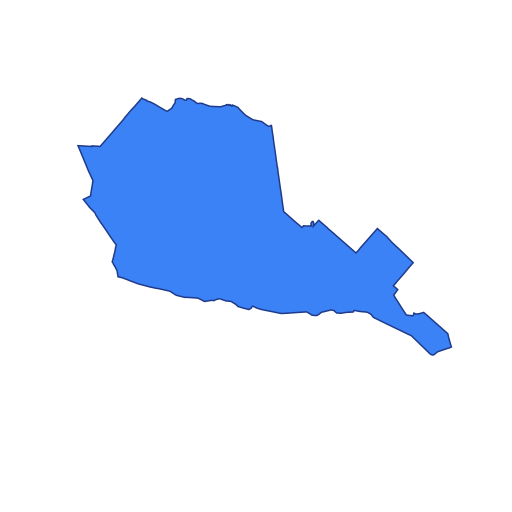 Vīksnas pag., Balvu, Latvia, rotated 42°
{"feature_id": "27541924B75999158196044", "entity_name": "Vīksnas pag.", "entity_type": "district", "adm_level": 2, "iso_a3": "LVA", "parent_name": "Latvia", "parent_adm1": "Balvu", "projection": "equal_earth", "projection_center": [27.422, 57.224], "detail": "fine", "context": "isolated", "style": "filled", "palette": "blue", "viewbox_px": 512, "rotation_deg": 42, "n_neighbors": 0, "source": "geoboundaries", "source_scale": "gbopen_adm2", "svg_char_len": 5844}
<svg xmlns="http://www.w3.org/2000/svg" viewBox="0 0 512 512"><g transform="rotate(42 256 256)"><path d="M179.7,148.2L179.8,149.3L179.4,150.3L178.8,150.9L177.4,151.5L170.2,152.3L167.7,153.8L162.8,156.7L159.6,157.4L154.4,158.4L151.0,158.3L145.9,158.0L143.1,157.7L139.9,158.7L137.8,159.5L138.0,159.7L137.9,160.1L138.0,160.4L137.8,160.7L137.5,160.6L137.3,160.6L137.2,160.9L137.0,161.0L136.8,160.7L136.6,160.7L136.1,160.7L136.1,160.8L135.7,161.0L135.5,161.6L135.2,161.6L135.2,162.1L134.7,162.3L134.4,162.2L134.0,162.1L133.8,162.4L133.6,162.7L132.9,163.1L132.8,163.3L133.1,163.6L129.8,168.8L125.4,172.5L121.5,175.6L116.7,177.6L113.5,178.8L110.4,181.8L110.0,182.1L106.4,182.2L104.6,182.7L104.2,182.9L102.4,183.1L101.7,183.3L99.4,185.1L100.0,186.8L99.7,187.3L98.5,187.8L95.6,188.6L93.4,190.2L91.4,193.6L93.5,196.6L93.5,196.8L93.6,198.6L93.8,199.3L94.2,201.6L94.6,202.2L93.2,207.7L93.0,208.1L92.1,208.3L85.2,209.8L78.4,211.1L73.7,212.5L71.6,213.7L71.3,213.8L70.8,213.5L70.4,213.5L66.3,215.1L65.9,215.1L65.5,215.0L65.6,221.1L65.7,226.9L65.6,227.9L65.6,233.0L65.8,239.2L65.9,241.6L66.0,241.9L66.2,244.7L66.2,247.6L66.3,249.4L66.3,251.3L66.4,258.3L66.5,258.8L66.6,265.8L66.8,276.0L66.8,277.7L66.9,278.9L66.3,279.3L64.9,280.3L64.1,281.0L61.3,283.2L60.4,284.0L60.9,284.3L49.9,293.1L55.2,295.6L56.7,296.3L58.9,297.4L62.1,298.9L68.0,301.7L74.6,304.9L82.9,308.4L83.9,308.8L84.4,309.2L86.9,312.9L91.7,320.5L92.9,321.9L89.8,329.5L100.4,331.3L100.5,331.3L106.0,331.6L107.4,331.7L109.7,332.7L117.5,334.9L118.2,335.1L119.5,335.3L127.1,337.1L134.5,339.0L140.0,340.3L144.8,341.3L146.2,344.1L146.8,344.9L148.5,347.8L149.9,350.5L152.3,354.9L152.8,356.2L153.0,356.5L153.9,356.8L154.8,357.0L155.4,357.4L155.6,357.5L156.5,357.8L157.3,357.9L157.9,358.1L158.0,358.2L158.1,358.3L158.3,358.3L158.6,358.4L160.5,359.1L160.8,359.3L162.7,360.0L163.0,360.2L164.9,361.8L165.0,361.8L167.3,363.7L167.4,363.8L168.4,363.2L170.3,362.2L171.0,361.7L171.7,361.4L173.3,360.9L175.3,360.0L178.5,358.9L186.9,355.6L187.9,355.1L196.5,350.7L198.1,349.9L199.9,348.8L203.1,347.0L204.7,345.9L207.8,344.1L213.5,340.9L215.4,339.9L215.9,339.7L218.0,339.4L222.8,338.6L223.1,338.5L230.4,334.6L230.7,334.5L230.9,334.3L232.2,333.1L233.8,331.8L235.8,330.2L239.0,327.7L240.5,326.6L240.8,326.4L241.7,325.9L242.3,325.7L242.9,325.6L245.2,325.0L247.7,324.4L248.0,324.3L248.3,324.1L248.6,323.8L249.4,322.6L250.5,321.4L251.1,320.6L251.7,319.8L252.2,319.3L252.7,318.7L253.1,318.3L254.6,317.3L254.8,317.1L255.2,315.6L255.3,315.4L256.1,314.2L256.4,313.7L256.6,313.3L256.8,313.1L256.9,312.8L257.0,312.6L257.2,312.4L257.6,312.1L258.2,311.8L258.5,311.7L258.9,311.5L261.6,310.4L263.7,309.5L264.1,309.2L264.3,309.0L266.3,307.6L267.8,306.5L268.0,306.4L272.2,305.7L272.5,305.6L273.1,305.4L273.3,305.4L276.2,305.6L276.4,305.6L276.6,305.5L277.4,305.1L279.8,304.0L281.7,303.1L286.4,300.6L286.5,300.6L286.6,300.4L287.2,298.6L287.3,298.1L287.3,297.8L287.2,297.1L287.1,296.8L287.0,296.6L286.9,296.4L286.9,296.1L287.0,295.8L287.1,295.6L287.3,295.4L291.2,294.2L292.7,293.6L294.9,292.6L296.2,291.9L299.6,289.9L309.1,284.3L313.0,282.0L313.4,281.7L315.0,280.1L317.3,277.8L322.2,272.7L329.3,265.4L329.9,264.9L330.4,264.1L330.7,263.9L331.1,263.7L334.0,263.0L335.0,262.8L336.4,262.7L337.1,262.5L337.4,262.4L338.2,261.8L339.7,260.7L340.2,260.4L340.6,259.9L340.9,259.6L341.2,259.1L341.3,258.9L341.3,258.5L341.5,258.0L341.6,257.7L341.8,256.9L342.0,255.7L342.2,254.9L342.3,254.4L342.6,253.5L343.3,252.5L344.1,251.7L344.3,251.0L344.4,250.8L344.7,250.5L345.2,249.8L345.9,248.7L346.9,247.4L347.1,247.1L347.5,246.5L347.6,246.1L347.8,245.8L348.2,245.6L349.0,245.2L349.6,244.9L350.3,244.5L350.5,244.4L350.9,244.3L351.1,244.4L351.8,244.4L352.1,244.4L353.2,244.4L354.2,244.3L354.4,244.2L354.5,244.2L355.0,243.5L355.6,243.1L356.6,242.4L357.3,241.9L357.9,241.2L358.5,240.4L360.8,237.5L362.0,236.3L363.9,234.4L365.4,232.9L365.6,232.7L365.7,232.3L365.7,232.1L365.4,231.2L365.5,230.7L365.9,230.4L369.9,228.0L371.0,227.2L372.3,226.3L372.6,226.0L373.3,225.5L373.6,225.2L374.2,224.8L374.7,224.4L376.3,223.4L376.8,223.2L377.2,223.0L378.3,222.9L379.5,222.5L380.2,222.4L380.6,222.4L381.2,222.5L383.3,222.9L384.3,223.0L384.8,222.9L385.3,222.8L390.1,221.4L393.4,220.5L414.7,214.3L420.2,212.7L424.1,211.5L425.0,211.3L425.6,211.3L438.0,211.8L444.5,212.0L450.9,212.3L451.7,212.2L452.8,211.8L453.0,211.7L453.3,211.6L453.7,211.2L454.1,210.7L454.4,209.9L454.8,207.0L455.1,205.6L459.4,197.8L461.0,195.2L462.1,192.9L457.2,189.9L454.9,188.4L454.4,188.1L453.7,187.7L451.5,186.1L451.4,186.0L451.0,185.7L450.4,185.4L449.1,185.4L448.9,185.4L448.3,185.4L446.0,185.4L442.7,185.5L441.4,185.4L438.7,185.5L437.4,185.5L427.4,185.6L425.6,185.6L418.4,185.7L417.7,186.9L417.2,187.6L416.4,188.9L415.9,189.6L415.8,189.9L415.1,190.6L414.2,191.6L413.7,192.2L413.4,192.3L411.6,192.7L412.7,195.2L412.6,195.5L407.2,199.3L406.2,199.0L401.3,197.7L390.6,194.7L384.6,193.0L383.8,186.1L378.0,186.2L378.0,184.7L378.0,182.4L377.9,182.4L377.8,178.5L377.8,176.8L377.7,170.0L377.7,169.9L377.6,167.5L377.5,164.6L377.4,163.0L377.3,155.8L372.4,155.6L355.6,155.0L354.7,155.1L347.9,154.9L347.4,154.9L343.0,154.4L341.5,154.2L340.1,154.1L339.4,154.1L337.0,154.2L328.3,154.4L328.0,154.3L327.8,154.3L327.9,161.4L328.0,170.1L328.1,180.1L328.3,182.9L328.3,186.8L325.2,186.9L317.0,187.0L301.9,187.2L300.4,187.2L290.9,187.4L289.7,187.3L278.7,187.5L278.7,191.2L278.7,195.2L278.2,194.4L277.6,193.6L276.5,192.7L275.7,192.3L275.2,192.2L274.8,192.6L274.8,194.4L275.4,195.4L276.4,196.3L277.1,196.6L272.9,200.4L271.1,201.7L271.1,204.1L266.8,204.2L264.1,204.3L252.9,204.5L252.9,204.4L246.9,204.5L240.3,199.0L233.6,193.3L227.6,188.4L221.2,183.0L216.1,178.8L213.0,176.0L212.4,175.7L204.8,169.4L204.2,168.8L200.1,165.4L195.3,161.4L195.0,161.2L192.7,159.2L190.1,157.0L190.1,156.9L189.0,156.0L185.4,153.1L182.0,150.2L181.8,150.0L180.5,149.0L179.8,148.4L179.7,148.2Z" fill="#3b82f6" stroke="#1e3a8a" stroke-width="1.5"/></g></svg>